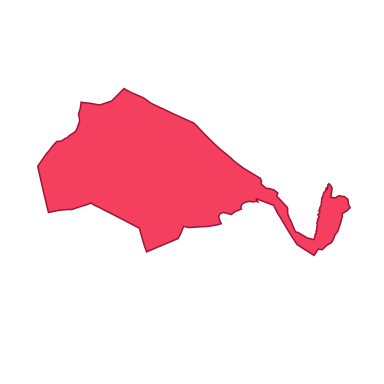 outline of Mitontic, Chiapas, Mexico, rotated 201°
{"feature_id": "50627088B9459318195233", "entity_name": "Mitontic", "entity_type": "district", "adm_level": 2, "iso_a3": "MEX", "parent_name": "Mexico", "parent_adm1": "Chiapas", "projection": "natural_earth1", "projection_center": [-92.592, 16.876], "detail": "fine", "context": "isolated", "style": "filled", "palette": "rose", "viewbox_px": 384, "rotation_deg": 201, "n_neighbors": 0, "source": "geoboundaries", "source_scale": "gbopen_adm2", "svg_char_len": 3729}
<svg xmlns="http://www.w3.org/2000/svg" viewBox="0 0 384 384"><g transform="rotate(201 192 192)"><path d="M47.0,190.6L43.7,194.7L43.1,197.9L43.1,202.9L41.7,208.4L42.1,211.8L42.0,213.5L42.1,214.0L42.1,215.8L42.3,217.9L43.0,223.4L43.7,225.1L43.8,225.7L43.5,226.4L40.4,230.1L40.1,231.2L38.7,234.0L42.0,237.2L42.4,238.5L43.6,240.3L44.3,241.4L45.8,241.5L48.2,242.4L51.1,241.5L52.2,241.5L53.9,240.9L55.7,238.3L58.2,237.2L60.9,237.0L60.8,238.0L61.0,239.6L61.5,240.2L61.5,241.0L61.5,242.2L61.8,242.9L62.3,243.2L62.4,244.2L62.2,245.0L63.4,246.8L66.9,248.9L67.6,248.0L67.7,247.4L67.7,247.1L67.6,246.8L67.4,246.3L67.3,246.0L67.2,245.8L67.0,245.4L66.9,244.7L67.0,244.5L67.0,243.8L66.9,243.4L67.0,242.0L67.4,243.1L67.8,244.1L68.1,244.8L68.0,243.1L67.9,240.3L68.5,239.2L68.7,238.4L68.8,237.9L68.7,237.4L68.5,236.8L68.4,236.4L68.3,235.6L68.4,234.8L68.6,233.9L68.7,233.2L68.5,232.6L68.4,232.1L68.1,231.0L67.5,228.7L67.4,228.2L67.3,227.8L67.1,227.3L66.9,226.9L66.8,226.5L66.8,225.8L66.9,224.7L67.0,223.3L66.9,222.7L66.8,221.8L66.7,221.0L66.7,220.4L66.8,220.0L66.1,220.4L66.1,220.2L65.4,218.7L65.4,218.3L65.5,217.9L65.7,217.5L66.3,216.7L66.4,216.3L66.3,216.0L66.1,215.6L64.4,214.7L64.3,214.4L64.4,214.2L64.9,213.2L64.9,212.9L64.9,212.6L64.6,212.2L64.4,212.0L64.4,211.7L64.6,211.4L64.8,211.1L64.9,210.7L64.6,210.3L64.2,209.9L64.1,209.6L64.1,209.3L64.5,208.3L64.4,208.0L64.3,207.5L63.8,207.0L63.5,206.7L63.4,206.3L63.2,205.6L62.2,201.6L62.0,199.8L61.5,199.8L61.3,197.5L61.8,197.3L60.9,191.3L67.9,190.4L78.2,192.2L81.2,191.9L89.8,200.9L91.7,202.4L92.4,203.0L93.1,204.1L93.5,204.5L94.2,205.2L94.6,205.7L95.3,207.0L95.7,208.0L95.9,208.7L96.2,209.3L96.4,209.7L96.6,210.3L96.8,211.0L97.4,211.6L98.0,212.1L111.4,218.5L111.5,221.8L116.3,223.3L121.7,222.8L122.8,222.3L123.5,222.4L124.2,222.2L124.6,222.2L125.3,222.4L130.5,224.4L131.0,227.2L132.3,227.9L132.6,229.1L152.1,232.6L161.9,235.3L165.7,236.7L166.7,237.1L167.5,237.6L181.7,242.3L191.5,246.3L202.9,251.4L211.2,255.4L215.0,257.0L238.2,258.4L261.6,260.1L271.1,262.5L284.9,263.1L292.6,264.2L299.6,248.2L309.2,240.2L312.4,239.5L317.8,238.6L325.3,236.6L327.7,236.1L326.7,231.9L326.1,228.6L326.0,225.6L325.8,224.1L325.5,223.3L325.1,222.7L324.8,222.3L324.4,221.9L324.0,221.3L323.7,220.6L322.8,218.9L322.5,218.1L322.3,217.3L322.2,216.1L322.2,214.9L322.1,210.2L322.4,207.2L324.0,204.4L326.8,200.6L327.3,199.6L327.4,198.7L328.0,198.1L328.5,197.5L328.6,197.4L329.6,196.4L330.4,195.3L330.8,194.9L331.1,194.2L331.3,193.9L331.7,193.5L331.8,193.2L332.4,192.6L332.7,192.4L333.0,192.4L333.5,192.3L333.7,192.0L334.5,191.6L335.4,191.2L335.6,191.2L336.4,190.7L336.6,190.1L336.8,189.7L336.9,189.3L337.1,188.9L337.3,188.5L337.6,187.7L338.7,184.9L340.0,180.2L340.3,179.0L340.6,177.9L341.2,177.2L342.0,174.2L345.3,160.7L342.8,157.0L331.9,140.7L331.7,140.4L318.7,121.5L314.8,123.9L309.7,127.2L303.6,130.2L299.7,132.0L298.4,132.2L296.7,133.6L296.1,134.1L291.6,137.9L288.1,140.6L285.6,142.5L282.5,145.4L280.3,145.1L276.6,144.5L273.3,144.4L271.7,144.2L267.5,143.7L250.5,141.9L244.8,141.3L233.5,139.9L228.3,139.4L218.6,126.6L218.5,126.4L213.0,119.8L188.3,143.6L187.7,148.2L187.5,156.9L182.1,157.7L168.6,163.9L165.5,165.2L161.2,167.7L158.6,169.2L156.1,170.8L153.3,172.9L154.0,173.6L154.9,174.2L157.5,177.5L157.9,178.0L158.2,178.7L158.2,179.3L158.3,180.1L158.3,181.0L157.8,181.9L157.2,182.6L156.7,183.1L156.1,183.4L155.3,184.2L147.7,185.0L147.3,185.0L145.0,188.8L141.1,192.6L139.8,193.8L141.1,195.8L141.0,198.3L139.3,200.8L138.2,201.6L137.6,202.4L136.7,202.7L135.8,203.4L133.1,204.4L132.1,204.3L129.3,205.9L128.7,206.3L127.0,206.4L129.2,208.3L130.1,208.7L111.0,208.8L104.3,202.7L100.6,200.0L87.7,189.8L84.9,187.7L75.0,180.5L55.3,176.5L53.7,183.9L49.8,184.8L47.0,190.6Z" fill="#f43f5e" stroke="#9f1239" stroke-width="1.5"/></g></svg>